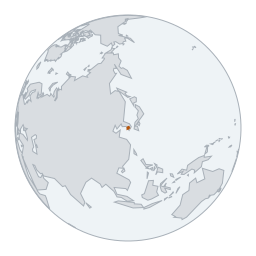 North Jeolla on an orthographic globe, rotated 319°
{"feature_id": "KOR-2499", "entity_name": "North Jeolla", "entity_type": "Province", "adm_level": 1, "iso_a3": "KOR", "parent_name": "South Korea", "parent_adm1": "", "projection": "orthographic", "projection_center": [126.968, 35.705], "detail": "fine", "context": "on_globe", "style": "filled", "palette": "amber", "viewbox_px": 256, "rotation_deg": 319, "n_neighbors": 0, "source": "natural_earth", "source_scale": "10m", "svg_char_len": 11686}
<svg xmlns="http://www.w3.org/2000/svg" viewBox="0 0 256 256"><g transform="rotate(319 128 128)"><circle cx="128" cy="128" r="113" fill="#eef3f6" stroke="#a8b0b8"/><path d="M214.5,191.3L214.4,191.8L214.3,192.0L214.5,191.3ZM213.5,54.7L213.1,54.2L213.7,55.4L209.4,52.8L199.3,46.0L199.9,45.4L197.4,44.1L196.5,45.0L196.5,45.9L186.8,44.9L182.7,50.4L185.1,54.6L181.6,52.0L188.7,61.9L188.9,67.8L186.4,59.7L184.4,57.9L183.4,61.0L181.1,59.8L179.3,60.7L176.7,59.1L175.4,54.8L173.7,53.8L173.1,56.1L170.0,56.1L171.2,52.9L166.0,52.7L163.0,46.3L168.3,40.0L164.4,36.1L163.9,29.4L161.6,29.1L160.0,26.8L156.9,25.8L157.7,25.1L154.5,24.9L154.4,25.7L152.9,26.0L151.1,25.6L151.8,24.5L152.8,24.6L152.0,24.1L153.2,23.8L151.6,23.7L152.6,22.6L148.8,23.0L147.4,21.7L148.8,21.2L152.2,22.1L164.1,24.0L166.6,24.3L166.7,23.6L159.4,20.2L160.7,20.3L159.9,20.0L157.6,19.3L157.4,19.4L152.8,18.5L153.1,19.0L151.3,18.8L150.2,19.3L146.5,18.5L143.5,17.5L144.3,17.1L143.0,16.7L139.2,16.6L137.5,15.9L133.1,15.5L141.4,16.2L149.7,17.5L157.8,19.4L165.8,21.9L173.6,25.0L181.1,28.7L188.3,32.9L195.2,37.6L201.7,42.8L207.9,48.6L213.5,54.7ZM232.0,112.0L231.0,110.0L231.9,110.1L232.0,112.0ZM230.2,109.6L230.6,110.1L230.2,109.8L230.2,109.6ZM229.8,109.9L230.1,109.7L229.8,110.2L229.8,109.9ZM229.3,110.7L229.5,110.2L229.5,110.3L229.3,110.7ZM228.3,111.2L228.0,111.2L228.1,110.5L228.3,111.2ZM196.9,46.6L196.7,45.2L198.3,44.9L198.8,46.2L196.9,46.6ZM193.5,47.5L192.7,46.4L195.6,47.5L195.1,47.8L193.5,47.5ZM187.3,58.0L187.6,56.4L188.1,58.4L187.3,58.0ZM179.5,61.1L180.2,62.0L178.9,62.1L179.5,61.1ZM152.3,19.8L151.3,19.6L152.0,19.6L152.3,19.8ZM152.8,20.3L154.3,20.5L154.8,20.8L153.8,20.7L152.8,20.3ZM173.8,59.8L171.6,59.9L173.6,59.1L173.8,59.8ZM150.7,20.1L155.4,21.3L156.2,21.9L153.1,21.9L150.7,20.1ZM170.3,59.4L165.1,59.9L166.1,61.8L160.3,56.8L166.6,57.9L168.9,56.5L168.8,58.3L170.3,59.4ZM155.1,26.2L155.2,25.3L156.9,26.5L155.1,26.2ZM156.6,27.0L163.8,31.0L162.8,32.3L160.6,30.6L160.6,32.9L156.6,31.6L155.6,30.0L157.1,29.4L154.4,29.4L156.6,27.0ZM158.0,54.1L156.5,53.7L157.8,53.3L158.0,54.1ZM152.5,26.2L154.0,26.8L153.3,28.0L150.0,27.0L151.3,26.9L152.5,26.2ZM162.6,34.2L161.5,35.1L157.9,34.2L157.0,34.4L156.4,31.7L162.6,34.2ZM150.5,26.5L148.4,26.6L147.1,25.6L150.9,25.7L150.5,26.5ZM154.4,28.7L153.9,29.3L153.1,28.6L154.4,28.7ZM141.1,22.8L143.0,23.3L142.8,23.9L141.1,22.8ZM147.7,26.7L148.2,27.0L148.3,27.3L146.6,27.2L147.7,26.7ZM153.9,31.3L152.7,30.9L154.0,32.4L151.3,31.9L151.4,30.2L150.3,30.8L149.5,30.7L150.5,29.5L153.9,31.3ZM145.3,28.3L144.5,26.2L141.1,25.1L141.2,24.4L146.7,26.4L145.3,28.3ZM148.2,29.0L146.4,28.4L147.5,27.8L149.4,28.0L148.2,29.0ZM149.5,32.3L153.5,33.4L153.4,33.8L149.5,32.3ZM144.1,28.0L144.3,28.5L143.7,28.0L144.1,28.0ZM147.6,31.1L149.1,31.4L148.8,31.7L147.6,31.1ZM143.5,29.4L143.3,28.7L144.6,28.7L143.5,29.4ZM145.2,30.2L144.6,30.7L145.2,29.1L145.9,30.3L145.2,30.2ZM147.2,31.4L147.5,31.7L146.6,31.2L147.2,31.4ZM138.9,29.9L139.3,27.9L142.1,27.8L141.3,29.8L138.9,29.9ZM51.5,45.3L48.5,48.4L46.9,50.1L44.3,52.6L35.4,64.5L36.8,63.7L32.3,73.2L31.6,77.8L37.6,72.7L38.8,64.8L42.6,60.4L44.5,63.8L44.0,71.3L45.4,69.8L48.7,62.8L51.6,62.5L50.2,60.3L48.5,62.7L47.6,61.5L49.1,59.3L50.0,59.2L51.0,56.7L46.1,58.3L43.9,60.9L44.7,56.5L41.1,60.5L40.2,60.5L46.0,53.8L47.8,52.4L56.1,44.0L54.3,44.9L46.4,53.1L47.5,51.5L45.0,53.2L47.8,50.7L57.0,41.9L59.7,38.8L58.6,39.3L68.3,32.5L64.5,35.1L66.5,34.0L72.4,30.5L69.8,32.3L71.4,31.5L69.3,33.3L70.8,33.8L69.4,35.6L74.2,34.2L74.1,35.1L71.3,35.5L68.5,37.0L65.4,42.2L66.1,42.7L69.5,41.5L68.2,43.3L71.9,41.5L72.3,44.3L75.0,39.5L79.0,38.5L81.6,39.5L83.4,38.4L79.3,36.8L77.2,37.0L74.6,38.5L69.4,38.9L69.5,37.5L76.8,34.3L77.8,32.1L83.1,30.9L91.0,35.2L92.1,38.2L84.9,45.3L82.2,45.1L83.4,42.3L78.4,45.9L80.7,45.1L79.6,46.7L83.2,46.5L82.6,47.6L87.1,45.6L86.8,47.0L84.0,48.3L89.1,49.5L89.6,52.5L91.1,52.3L92.4,51.2L92.2,56.0L93.3,55.6L93.8,53.9L96.2,52.1L100.4,50.9L100.1,52.7L98.5,53.3L94.8,57.4L90.6,59.1L90.9,59.7L94.4,58.7L99.1,53.6L101.7,52.5L99.9,54.9L100.7,53.9L102.0,53.9L102.9,55.6L105.0,53.0L118.8,51.6L121.9,55.0L118.7,57.1L128.0,58.9L130.8,63.2L131.2,61.5L136.0,61.6L135.2,60.2L135.8,59.4L147.6,59.9L150.1,61.5L155.7,60.4L155.9,59.6L154.4,58.2L160.3,56.8L166.1,61.8L165.2,63.3L169.4,65.7L166.9,68.9L166.8,72.9L161.7,75.4L162.0,78.6L163.7,79.2L165.3,84.1L163.2,92.8L157.9,83.0L159.6,70.9L158.3,75.4L156.5,73.7L154.7,75.0L154.0,78.4L155.2,79.2L143.2,82.2L137.2,90.9L142.8,91.3L145.2,94.7L143.2,106.4L128.9,120.0L131.9,125.8L131.4,129.2L127.2,130.6L127.8,125.7L124.5,123.2L125.5,120.4L119.0,121.5L120.1,117.5L114.5,120.5L115.5,124.1L120.8,124.4L115.4,129.1L119.5,135.7L118.9,142.4L108.0,152.1L98.8,153.4L98.0,155.3L94.9,152.1L89.9,154.8L94.8,167.7L94.3,170.8L86.6,174.7L86.6,172.3L78.5,163.8L76.2,170.7L82.4,179.0L84.5,186.5L79.4,182.8L77.4,176.0L74.5,172.8L75.8,166.6L74.4,155.9L69.4,155.8L70.3,152.0L67.6,141.9L60.6,141.3L49.2,146.3L46.8,155.6L43.3,157.7L41.0,140.5L42.8,130.4L40.2,129.3L39.4,117.9L32.9,108.9L33.5,105.8L32.0,105.2L31.6,99.9L33.1,95.0L32.2,93.2L28.5,106.1L29.7,108.2L32.8,106.9L31.4,110.8L32.0,116.9L25.9,120.6L18.8,115.3L20.7,107.8L28.7,82.6L29.9,81.1L30.0,80.9L30.3,80.5L28.4,82.5L30.6,78.0L23.6,93.6L21.3,99.4L18.7,115.5L18.3,115.8L18.2,120.0L21.2,124.7L20.6,126.8L17.6,133.5L15.8,137.7L15.4,129.8L15.5,121.9L16.2,114.1L17.5,106.3L19.3,98.6L21.6,91.0L24.4,83.7L27.8,76.5L31.6,69.7L36.0,63.1L40.7,56.8L45.9,50.8L51.5,45.3ZM40.8,83.3L42.2,88.0L46.1,81.8L47.0,83.2L48.0,80.7L46.4,81.3L49.5,75.0L51.8,75.8L54.0,73.7L53.6,72.1L49.0,71.7L44.4,80.5L42.1,81.2L40.8,83.3ZM82.1,26.6L79.9,27.7L78.6,27.9L80.5,26.4L82.4,25.9L82.1,26.6ZM77.2,29.2L83.9,26.8L83.1,27.9L82.4,27.7L81.2,28.6L79.8,28.5L72.3,32.2L70.7,32.7L75.0,29.2L74.5,29.9L76.6,28.7L77.2,29.2ZM102.8,21.2L105.7,20.9L100.0,23.6L97.9,23.7L99.6,21.9L103.1,20.9L102.8,21.2ZM144.3,20.2L145.8,20.4L145.6,20.6L144.2,20.6L144.3,20.2ZM142.0,22.9L137.6,19.8L139.1,19.8L134.8,18.4L137.0,17.8L139.7,18.7L138.2,17.4L141.5,18.0L140.0,17.2L145.9,19.2L148.8,19.9L144.7,19.3L142.6,19.7L142.6,20.1L144.7,21.9L150.0,23.9L148.8,24.9L146.5,25.1L145.0,24.7L146.3,24.2L143.4,24.1L144.1,23.1L142.0,22.9ZM120.4,30.2L122.5,29.1L116.9,30.1L117.5,28.5L116.8,28.7L115.9,27.6L113.6,26.7L114.4,26.0L113.2,26.0L112.6,25.4L111.1,25.1L112.1,23.9L110.4,23.6L111.8,23.3L108.6,23.1L111.4,22.7L110.9,22.1L108.5,22.8L117.3,18.2L118.8,17.0L118.6,16.4L123.4,16.2L126.8,16.9L128.7,18.2L126.5,19.5L129.1,19.4L128.9,20.0L126.9,19.9L129.7,20.5L129.0,21.1L130.7,23.1L135.2,24.0L136.0,24.8L133.8,24.8L136.1,25.7L132.6,26.3L133.0,27.0L130.0,28.4L125.6,28.1L126.4,28.9L124.2,30.2L120.4,30.2ZM137.9,30.2L132.5,29.9L130.2,29.0L136.4,27.0L136.5,26.3L140.4,25.3L143.7,26.7L142.2,26.8L141.6,27.3L140.9,26.7L141.0,27.5L139.1,27.8L138.6,28.6L137.0,28.3L137.9,30.2ZM47.3,50.2L46.5,51.2L45.6,52.5L44.1,53.8L47.3,50.2ZM53.5,44.1L53.0,44.7L50.4,46.8L51.3,45.9L53.5,44.1ZM55.0,43.4L53.2,44.6L54.7,43.3L55.0,43.4ZM71.1,36.1L70.9,36.8L70.0,37.3L69.1,37.3L71.1,36.1ZM103.8,33.9L105.4,33.1L105.9,33.3L109.9,32.7L109.7,34.0L107.2,34.9L103.8,33.9ZM36.6,72.4L35.5,72.3L36.2,71.0L36.4,71.3L36.6,72.4ZM39.0,62.4L37.4,65.4L38.6,62.7L39.0,62.4ZM104.3,35.1L106.0,34.7L104.8,35.6L104.3,35.1ZM109.8,35.0L108.8,36.0L110.2,34.1L109.8,35.0ZM20.9,162.9L20.3,160.7L22.3,166.8L23.1,169.0L20.9,162.9ZM112.5,207.4L116.0,208.2L115.9,208.6L112.5,207.4ZM108.9,205.5L112.8,206.2L108.2,206.3L108.9,205.5ZM114.4,206.5L118.4,206.2L120.1,205.8L119.8,206.6L114.4,206.5ZM106.2,205.1L92.2,202.1L86.8,199.6L88.0,198.5L96.8,201.0L106.2,205.1ZM87.6,198.3L79.4,191.7L69.1,175.0L72.8,176.6L83.8,188.3L83.0,189.4L87.9,194.2L87.6,198.3ZM107.7,195.0L106.9,198.8L99.1,197.0L95.6,195.5L93.2,189.8L94.5,187.5L97.3,188.3L108.9,181.3L112.8,184.2L109.1,187.5L112.4,191.7L107.7,195.0ZM47.1,156.7L48.4,163.6L46.6,163.4L47.1,156.7ZM114.0,175.4L109.0,178.8L113.7,173.9L114.0,175.4ZM117.0,170.4L117.1,172.6L115.3,170.2L117.0,170.4ZM97.5,158.4L94.4,158.1L94.6,156.5L98.5,155.9L97.5,158.4ZM118.3,148.1L117.5,152.9L116.7,154.4L115.7,151.3L118.3,148.1ZM105.1,47.3L99.7,46.5L95.6,47.1L93.2,49.3L94.3,46.1L100.5,45.0L105.1,47.3ZM117.1,50.8L119.2,49.1L119.9,50.3L119.5,50.8L117.1,50.8ZM117.3,49.5L116.9,46.8L119.2,46.2L119.0,48.4L117.3,49.5ZM110.4,40.4L108.8,40.0L109.8,39.2L110.4,40.4ZM180.0,227.9L177.8,229.0L188.3,223.0L189.7,222.2L186.5,224.2L185.9,224.6L180.0,227.9ZM154.7,236.0L154.1,235.1L159.0,234.2L157.3,235.4L154.7,236.0ZM191.4,220.9L194.2,218.7L194.9,217.4L195.1,218.1L197.8,216.3L190.8,221.5L191.4,220.9ZM135.3,231.7L113.7,233.7L108.7,232.6L109.5,231.3L104.2,225.6L105.7,226.0L104.2,222.1L116.7,220.4L125.6,214.2L133.0,215.1L138.4,209.9L146.2,210.2L144.1,214.5L152.6,216.8L157.7,207.2L163.4,216.4L170.0,218.5L172.5,222.9L163.0,231.6L157.0,233.8L155.6,233.5L153.1,234.4L149.0,234.7L146.1,232.9L143.8,233.7L145.8,231.9L142.5,233.6L140.1,232.2L135.3,231.7ZM191.7,208.7L193.0,208.5L195.3,209.0L193.2,209.6L191.7,208.7ZM211.2,195.1L211.9,195.3L210.5,196.3L211.2,195.1ZM214.3,192.0L212.6,193.3L214.5,191.3L214.3,192.0ZM198.0,201.3L198.7,201.6L198.2,202.0L198.0,201.3ZM197.5,201.3L198.2,200.1L198.1,201.1L197.5,201.3ZM191.0,198.2L191.8,197.5L192.1,197.8L191.0,198.2ZM121.2,208.8L126.0,206.4L128.7,206.4L121.2,208.8ZM189.9,197.4L187.9,197.9L188.1,197.3L189.9,197.4ZM189.9,196.1L189.7,195.4L191.0,196.9L189.9,196.1ZM186.2,195.3L188.6,196.1L185.9,195.5L186.2,195.3ZM184.8,195.8L183.1,195.6L183.2,195.3L184.8,195.8ZM166.3,200.1L172.5,204.0L167.6,204.5L162.1,202.2L158.0,205.3L148.6,205.3L150.7,203.5L149.3,200.9L139.8,199.8L137.8,197.9L141.2,196.8L135.0,195.1L141.8,194.5L144.6,198.3L148.5,195.3L155.3,195.9L162.0,196.7L167.6,198.8L166.3,200.1ZM141.9,202.6L143.1,202.7L142.1,203.7L141.9,202.6ZM179.9,194.2L182.3,195.5L182.1,196.0L180.9,196.0L179.9,194.2ZM168.8,198.1L174.7,194.3L176.1,194.1L172.2,198.1L168.8,198.1ZM173.2,192.5L176.0,192.5L177.5,194.0L177.0,194.6L173.2,192.5ZM128.1,198.6L127.8,199.6L126.1,198.7L128.1,198.6ZM130.3,198.2L135.6,199.6L129.8,199.0L130.3,198.2ZM114.7,192.9L116.2,195.6L120.9,194.6L117.3,196.4L120.6,200.8L119.5,202.2L116.2,197.5L115.2,201.8L113.2,201.4L112.0,197.5L114.0,193.0L116.1,191.3L124.6,191.4L114.7,192.9ZM130.2,195.2L128.8,192.1L129.9,190.2L131.4,191.9L130.2,195.2ZM124.9,184.5L121.5,180.5L118.2,181.5L125.0,177.3L127.2,181.8L124.9,184.5ZM122.2,176.3L119.1,177.2L122.4,174.6L122.2,176.3ZM118.4,175.8L118.2,173.2L120.6,173.9L118.4,175.8ZM123.8,176.6L124.7,172.3L125.7,175.0L123.8,176.6ZM117.6,167.3L122.5,172.2L115.9,169.5L116.4,160.9L119.2,161.1L117.6,167.3ZM138.0,133.6L137.7,130.9L140.4,130.6L139.9,132.5L138.0,133.6ZM149.2,127.7L141.1,129.6L134.6,131.4L136.3,132.8L134.3,137.1L132.0,132.7L137.0,128.3L141.9,127.7L143.2,124.1L147.1,121.8L147.1,117.2L149.0,115.3L150.5,119.5L149.2,127.7ZM146.9,115.2L148.4,107.2L153.3,108.6L154.1,110.7L151.4,113.7L148.9,112.8L146.9,115.2ZM150.2,105.7L147.9,104.8L145.1,92.7L145.7,90.5L150.5,100.1L148.5,99.8L148.3,102.7L150.2,105.7ZM156.7,54.6L156.5,53.8L157.5,54.6L156.7,54.6ZM135.2,58.7L136.2,57.8L137.3,58.6L135.2,58.7ZM139.4,55.8L137.5,55.5L139.7,55.1L139.4,55.8ZM133.0,55.0L136.7,55.0L133.0,56.0L133.0,55.0Z" fill="#d9dde1" stroke="#a8b0b8" stroke-width="1"/><path d="M127.1,128.7L127.2,128.4L127.3,128.3L127.5,128.3L127.5,128.2L127.3,128.2L127.2,128.2L127.3,128.1L127.5,127.9L127.6,127.7L127.8,127.7L127.7,127.6L127.4,127.6L127.5,127.5L127.6,127.4L127.8,127.3L127.8,127.2L128.0,127.2L128.2,127.3L128.3,127.3L128.5,127.2L128.7,127.4L128.8,127.5L128.9,127.4L129.0,127.4L129.2,127.5L129.3,127.5L129.3,127.4L129.5,127.5L129.4,127.7L129.4,127.8L129.2,127.9L129.2,128.0L129.1,128.3L129.1,128.5L129.1,128.8L128.8,128.7L128.8,128.8L128.7,128.8L128.4,128.8L128.2,128.8L128.2,128.7L127.9,128.5L127.7,128.5L127.6,128.8L127.4,128.8L127.4,128.7L127.2,128.6L127.1,128.7ZM126.9,128.3L126.9,128.2L126.9,128.3L126.9,128.3Z" fill="#f59e0b" stroke="#b45309" stroke-width="1.5"/></g></svg>